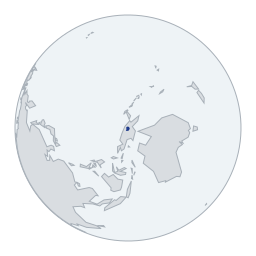 Enga highlighted on a globe, orthographic projection, rotated 274°
{"feature_id": "PNG-1238", "entity_name": "Enga", "entity_type": "Province", "adm_level": 1, "iso_a3": "PNG", "parent_name": "Papua New Guinea", "parent_adm1": "", "projection": "orthographic", "projection_center": [143.878, -5.472], "detail": "coarse", "context": "on_globe", "style": "filled", "palette": "blue", "viewbox_px": 256, "rotation_deg": 274, "n_neighbors": 0, "source": "natural_earth", "source_scale": "10m", "svg_char_len": 6113}
<svg xmlns="http://www.w3.org/2000/svg" viewBox="0 0 256 256"><g transform="rotate(274 128 128)"><circle cx="128" cy="128" r="113" fill="#eef3f6" stroke="#a8b0b8"/><path d="M191.8,150.7L191.8,151.5L191.6,151.6L191.8,150.7ZM186.3,31.6L179.2,28.2L180.1,29.4L177.2,27.5L181.2,31.8L179.2,32.9L179.4,30.3L177.9,29.1L175.5,29.0L173.3,27.7L171.0,27.1L168.6,25.7L169.0,24.7L167.5,24.0L165.8,23.9L162.5,22.9L165.1,22.9L159.5,21.2L159.0,20.0L165.7,21.9L176.2,26.2L186.3,31.6ZM220.7,86.6L219.7,84.2L221.1,85.7L220.7,86.6ZM218.6,82.7L219.1,83.5L218.6,82.8L218.6,82.7ZM217.9,82.2L218.4,82.6L217.9,82.4L217.9,82.2ZM217.0,81.9L217.4,82.0L217.0,81.9ZM215.3,80.7L214.9,80.4L215.2,80.2L215.3,80.7ZM181.2,30.7L182.3,30.8L182.0,31.2L181.2,30.7ZM171.0,27.2L171.4,27.7L170.0,27.2L171.0,27.2ZM165.2,24.8L162.8,24.0L165.3,24.6L165.2,24.8ZM161.5,23.5L155.7,22.0L156.1,22.7L151.8,20.2L158.1,22.1L161.1,22.6L160.3,22.8L161.5,23.5ZM150.4,19.3L149.1,18.9L150.5,19.1L150.4,19.3ZM87.5,22.9L87.3,23.0L88.4,22.6L88.8,22.4L95.9,20.0L95.5,20.2L93.8,20.7L89.0,22.4L84.8,24.0L88.2,22.7L94.2,20.6L96.9,19.7L94.4,20.6L95.5,20.2L96.6,19.9L96.7,20.0L99.7,19.1L112.7,16.7L114.3,17.0L110.6,17.7L118.7,17.5L119.9,18.7L120.9,18.2L125.5,18.3L125.2,17.9L126.0,17.7L137.6,18.7L139.6,19.4L145.7,20.0L146.3,19.9L145.2,19.3L151.8,20.2L156.1,22.7L154.7,22.9L158.3,24.6L154.6,24.9L153.2,26.2L147.0,25.9L146.5,27.3L148.0,27.9L148.3,30.4L143.8,34.3L140.9,28.5L146.3,23.9L143.5,25.3L142.2,24.3L140.0,24.5L138.2,25.8L139.2,26.3L126.3,26.3L118.1,30.3L123.4,30.8L125.0,32.8L120.3,39.5L103.6,48.4L105.5,52.5L104.5,55.1L100.2,56.2L101.6,52.5L98.9,50.8L100.4,48.8L94.0,49.9L95.8,47.0L90.0,49.6L90.3,52.1L95.2,51.9L89.4,55.8L92.1,60.6L90.5,66.2L79.3,75.8L70.7,78.7L69.8,80.6L67.4,78.4L62.7,82.1L65.9,93.4L65.2,96.7L58.3,102.9L58.5,100.4L52.2,94.5L49.9,102.5L54.6,109.1L56.1,117.2L52.0,114.7L50.5,107.7L48.3,105.3L49.8,98.3L49.6,88.3L45.5,90.3L46.6,86.3L45.6,78.6L40.2,81.5L31.0,92.7L28.4,103.2L25.8,108.2L26.0,93.6L28.7,84.0L27.1,85.2L28.7,77.8L26.7,78.7L27.7,76.8L31.7,69.6L36.2,62.7L41.2,56.2L46.7,50.1L52.6,44.3L58.9,39.0L65.6,34.2L72.6,29.9L80.0,26.1L87.5,22.9ZM26.6,78.9L25.4,81.5L24.3,84.4L20.7,93.7L23.4,86.2L26.6,78.9ZM56.1,210.3L58.1,211.6L57.7,211.8L56.1,210.3ZM81.2,137.0L84.5,137.7L84.4,138.2L81.2,137.0ZM77.8,135.0L81.4,135.3L77.3,136.2L77.8,135.0ZM82.8,135.5L86.5,134.6L88.1,133.9L87.9,135.0L82.8,135.5ZM75.4,135.0L63.0,134.5L58.4,133.0L59.3,131.1L66.8,131.7L75.4,135.0ZM58.9,131.0L52.0,125.6L43.9,110.2L46.8,110.4L55.5,119.6L54.9,121.2L59.1,125.5L58.9,131.0ZM76.3,121.4L75.7,126.4L68.7,125.7L65.7,124.8L63.5,118.4L64.7,115.2L67.2,115.3L77.7,105.0L81.1,107.7L77.7,112.1L80.6,116.5L76.3,121.4ZM28.5,104.2L29.0,110.4L27.7,111.6L28.5,104.2ZM82.6,97.8L77.9,102.2L82.4,96.3L82.6,97.8ZM85.7,92.3L85.7,94.6L84.2,92.3L85.7,92.3ZM69.0,83.6L66.4,84.1L66.7,82.5L70.2,81.1L69.0,83.6ZM89.2,71.1L87.9,75.4L87.0,76.9L86.4,74.2L89.2,71.1ZM111.5,16.8L114.1,16.3L114.3,16.4L113.7,16.5L111.5,16.8ZM112.2,16.6L113.0,16.4L115.3,16.1L114.2,16.3L112.2,16.6ZM168.2,194.3L170.5,195.8L167.6,198.9L163.3,201.9L158.2,202.1L168.2,194.3ZM131.1,197.5L129.3,193.0L134.6,193.3L133.8,197.0L131.1,197.5ZM171.4,192.2L173.9,188.7L173.2,183.7L174.8,188.5L178.7,189.6L171.8,195.7L171.4,192.2ZM107.1,177.6L87.8,184.5L83.0,183.2L83.1,179.7L76.6,169.1L78.1,169.3L75.7,162.3L86.5,156.5L93.9,145.7L101.2,146.9L105.9,139.3L113.8,140.6L112.1,146.8L121.1,151.9L125.4,138.2L132.7,154.3L140.4,160.9L144.7,171.5L137.5,187.7L131.7,190.3L129.8,188.4L127.6,189.9L123.0,188.6L118.8,182.5L116.7,184.0L118.0,179.9L115.3,183.4L112.2,179.5L107.1,177.6ZM164.4,157.1L166.1,157.8L169.2,161.2L166.5,160.1L164.4,157.1ZM187.8,153.0L188.9,154.5L187.1,154.4L187.8,153.0ZM191.6,151.6L189.5,151.6L191.8,150.7L191.6,151.6ZM170.9,149.2L171.9,150.4L171.3,150.6L170.9,149.2ZM170.2,148.8L170.9,147.4L171.0,148.9L170.2,148.8ZM161.9,139.0L162.7,138.4L163.1,139.1L161.9,139.0ZM89.3,138.0L93.7,134.3L96.3,134.2L89.3,138.0ZM160.4,137.1L158.2,136.6L158.3,135.8L160.4,137.1ZM160.4,135.2L160.0,134.0L161.7,137.0L160.4,135.2ZM155.9,132.0L158.8,134.4L155.7,132.2L155.9,132.0ZM154.4,132.0L152.4,130.8L152.5,130.5L154.4,132.0ZM134.0,130.5L141.1,138.1L135.8,137.2L129.7,132.2L125.6,135.6L115.8,133.8L117.9,131.7L116.4,127.9L106.8,125.5L104.8,123.0L108.1,121.8L102.0,119.4L108.7,118.9L111.5,124.0L115.4,120.7L122.4,122.4L129.4,124.8L135.4,129.2L134.0,130.5ZM109.0,129.5L110.2,129.6L109.2,130.9L109.0,129.5ZM148.7,127.5L151.5,130.3L151.3,130.9L149.9,130.3L148.7,127.5ZM136.7,128.6L143.0,125.5L144.5,125.8L140.4,129.7L136.7,128.6ZM141.3,122.7L144.4,123.7L146.1,126.2L145.5,126.7L141.3,122.7ZM95.3,123.9L95.1,125.2L93.5,124.0L95.3,123.9ZM97.5,123.2L102.6,125.1L97.0,124.3L97.5,123.2ZM82.7,117.7L84.1,120.9L88.5,119.1L85.2,121.8L88.3,127.1L87.4,129.0L84.2,123.3L83.4,129.0L81.5,128.8L80.3,123.8L82.1,117.9L84.0,115.6L92.0,115.0L82.7,117.7ZM97.4,119.4L96.1,115.7L97.1,113.4L98.5,115.4L97.4,119.4ZM92.5,107.0L89.3,102.7L86.2,104.1L92.8,99.0L94.7,103.8L92.5,107.0ZM90.3,98.1L87.3,99.2L90.6,96.2L90.3,98.1ZM86.7,97.9L86.7,95.1L88.9,95.6L86.7,97.9ZM91.8,98.3L92.8,93.7L93.7,96.5L91.8,98.3ZM86.6,89.2L90.8,93.8L84.8,91.6L86.0,83.0L88.6,83.0L86.6,89.2ZM110.1,58.5L110.3,56.5L113.0,56.3L112.2,57.7L110.1,58.5ZM122.2,54.7L113.8,55.6L107.1,56.8L108.6,57.9L106.0,61.2L104.5,57.8L110.1,54.4L114.9,54.2L116.8,51.6L121.1,50.2L122.0,46.9L124.3,45.8L125.0,48.8L122.2,54.7ZM122.2,45.6L125.4,40.4L130.0,41.9L130.4,43.3L127.0,45.0L124.7,44.1L122.2,45.6ZM127.5,39.7L125.3,38.9L125.4,31.7L126.6,30.6L129.0,36.4L127.1,36.0L126.3,37.7L127.5,39.7ZM148.8,19.1L149.1,18.9L149.8,19.2L148.8,19.1ZM125.7,17.5L127.0,17.3L127.8,17.5L125.7,17.5ZM131.0,17.0L129.1,16.9L131.5,16.9L131.0,17.0ZM125.0,16.6L128.6,16.7L124.6,16.8L125.0,16.6Z" fill="#d9dde1" stroke="#a8b0b8" stroke-width="1"/><path d="M128.2,127.0L128.3,127.2L128.4,127.3L128.5,127.3L128.6,127.5L128.6,127.8L128.4,127.9L128.5,128.2L128.5,128.3L128.4,128.4L128.4,128.5L128.2,128.6L127.9,128.7L127.8,128.8L127.7,128.9L127.3,129.0L127.2,129.0L127.1,128.9L126.8,128.6L126.6,128.5L126.1,128.3L125.9,128.1L125.8,127.1L126.1,127.2L126.3,127.2L126.6,127.2L128.2,127.0Z" fill="#3b82f6" stroke="#1e3a8a" stroke-width="1.5"/></g></svg>